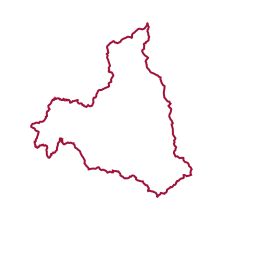 the district of Galyani Vadhana, Chiang Mai, Thailand, rotated 140°
{"feature_id": "78962969B83448610007189", "entity_name": "Galyani Vadhana", "entity_type": "district", "adm_level": 2, "iso_a3": "THA", "parent_name": "Thailand", "parent_adm1": "Chiang Mai", "projection": "natural_earth1", "projection_center": [98.331, 19.015], "detail": "fine", "context": "isolated", "style": "outline", "palette": "rose", "viewbox_px": 256, "rotation_deg": 140, "n_neighbors": 0, "source": "geoboundaries", "source_scale": "gbopen_adm2", "svg_char_len": 5916}
<svg xmlns="http://www.w3.org/2000/svg" viewBox="0 0 256 256"><g transform="rotate(140 128 128)"><path d="M184.7,121.6L181.8,120.1L180.7,119.3L179.5,118.0L178.6,117.5L176.8,117.4L175.7,116.8L175.6,116.1L176.0,114.5L175.5,113.1L175.3,112.7L174.6,112.5L173.6,111.8L172.5,109.4L172.3,108.4L172.5,107.2L172.3,106.9L170.2,106.3L169.6,105.8L168.8,104.2L168.0,103.7L167.0,105.1L166.0,103.5L165.0,102.9L164.2,101.6L163.7,101.4L163.3,101.0L163.4,97.8L164.3,96.5L164.0,95.7L164.0,95.1L163.3,94.3L163.2,92.6L162.9,91.5L162.2,91.0L161.9,91.0L161.3,90.2L160.2,89.5L158.7,89.3L157.7,89.6L157.2,88.8L155.8,89.0L155.2,88.8L154.4,88.0L154.0,87.2L154.1,85.6L153.8,85.3L153.7,84.7L154.8,83.6L154.8,83.3L154.3,81.7L153.3,80.4L152.0,78.4L150.9,77.5L151.5,75.9L151.5,75.0L151.2,74.0L151.3,73.1L150.1,71.6L150.4,70.8L150.9,68.2L151.2,68.0L152.1,67.8L152.9,67.3L153.1,66.7L151.7,66.0L150.3,63.8L149.7,63.5L149.4,62.4L148.5,60.9L148.4,60.1L148.8,57.8L149.2,57.4L149.7,57.1L149.8,56.8L149.6,56.4L147.7,56.8L146.0,56.5L144.5,57.1L142.3,54.2L141.5,54.5L140.1,54.1L138.9,54.6L137.9,55.5L137.3,55.6L134.3,55.2L133.4,55.5L132.6,54.6L131.8,54.4L129.3,54.9L128.6,54.3L128.1,54.2L126.6,54.8L126.1,55.4L125.2,55.3L124.4,55.8L123.1,55.0L121.7,55.3L119.7,55.1L117.8,54.0L117.1,54.2L115.7,56.2L115.3,56.0L114.4,54.7L114.0,53.3L113.4,53.1L112.5,52.5L109.8,51.5L109.4,52.7L108.7,53.8L107.0,55.1L105.8,55.4L105.3,57.5L105.7,59.4L104.8,61.4L104.7,62.6L104.9,63.5L106.1,65.1L106.3,66.7L106.1,67.8L105.5,68.7L104.8,69.3L104.8,69.5L105.5,70.3L107.6,71.5L107.9,72.1L108.4,74.6L109.8,75.5L109.8,76.3L109.3,77.6L109.1,79.1L107.7,80.4L105.9,80.6L104.9,81.6L103.7,82.2L103.3,83.0L103.7,84.2L103.0,86.4L101.4,87.2L100.8,88.8L98.8,89.2L98.2,89.8L98.0,92.6L97.6,94.3L94.2,98.6L92.3,102.7L91.1,102.6L90.5,103.0L90.3,104.5L89.8,105.4L89.8,107.4L89.0,110.3L87.2,111.9L85.8,112.3L83.3,114.1L82.9,114.5L82.6,115.2L82.9,117.1L82.8,118.9L79.8,119.2L79.9,120.2L79.4,121.5L80.4,122.7L80.6,123.3L80.5,128.1L77.8,132.2L75.5,134.1L73.1,136.5L73.0,137.0L73.6,138.2L73.1,141.5L72.2,143.1L72.1,143.9L71.9,144.4L70.5,145.8L71.4,147.4L71.3,148.8L72.2,150.5L73.2,153.1L74.8,156.0L74.4,159.6L74.6,161.4L74.2,163.0L73.1,164.2L72.9,165.1L71.9,166.5L71.8,167.6L70.0,168.5L68.0,168.6L67.5,168.9L67.6,169.9L68.4,172.8L68.4,175.5L67.8,177.7L67.0,178.4L64.7,178.3L63.7,179.7L62.7,180.4L62.2,181.7L61.7,182.2L60.9,182.2L60.0,181.6L58.8,182.3L57.4,181.9L55.6,182.1L54.5,183.5L53.2,184.2L52.8,186.0L52.0,186.9L51.2,188.5L51.0,189.6L50.4,189.9L49.8,190.8L48.6,191.0L47.1,192.1L47.0,193.5L46.5,194.2L46.1,195.4L45.1,195.9L46.1,195.7L47.5,194.4L51.5,193.6L53.6,194.3L55.4,196.7L56.3,197.2L60.2,197.2L61.4,197.0L63.6,197.2L64.8,196.9L65.9,195.8L66.5,194.9L67.2,194.7L68.1,196.6L69.8,198.2L71.6,198.4L74.1,199.3L75.6,199.6L77.0,199.5L78.4,198.9L81.6,199.7L82.2,201.0L83.0,201.8L83.0,203.2L83.1,203.6L83.5,204.0L85.9,204.1L87.0,204.5L89.2,204.1L91.0,204.1L92.1,203.4L92.5,202.7L93.4,200.6L94.2,199.4L94.5,198.5L95.0,198.2L96.6,198.4L97.0,196.5L98.6,195.6L99.2,194.0L99.4,192.8L100.1,191.6L101.8,187.2L104.0,186.5L104.5,185.9L105.0,184.5L105.8,184.3L106.4,183.7L106.5,183.3L106.2,182.7L104.9,181.3L104.7,180.8L105.4,177.8L105.8,177.4L108.1,176.8L109.7,176.1L110.2,175.7L110.8,174.4L111.2,174.1L113.0,174.7L114.1,174.6L114.6,174.0L115.2,172.7L115.8,172.1L116.3,172.1L119.8,173.3L123.9,174.2L124.5,174.5L125.1,175.3L126.2,175.7L127.2,175.6L129.4,174.4L130.6,174.1L131.7,172.9L132.4,172.4L133.8,172.4L134.4,173.1L134.9,173.1L136.2,172.4L138.1,169.7L139.6,169.1L141.0,168.2L143.2,169.0L143.6,169.9L143.8,171.2L146.2,170.8L147.0,172.0L147.5,173.0L147.3,174.0L148.2,174.7L147.7,176.4L148.4,177.3L149.4,177.8L149.9,178.4L150.0,179.9L149.8,180.7L149.4,181.2L148.6,181.6L148.6,181.8L152.2,183.4L153.1,184.1L154.5,183.9L156.0,184.5L156.0,184.9L155.2,186.1L155.2,187.2L155.6,188.0L156.4,188.6L156.4,188.1L157.0,188.3L157.2,188.8L157.2,189.6L157.6,189.7L158.1,190.5L158.5,190.2L158.5,190.9L158.9,191.1L158.8,191.7L159.1,191.7L159.6,191.1L160.0,191.3L161.0,192.4L161.3,193.2L162.0,193.8L161.9,194.2L161.6,194.3L162.1,195.4L163.2,196.2L164.5,196.5L164.6,197.5L165.1,197.1L166.0,197.5L166.0,197.8L166.4,197.7L166.6,197.1L167.0,197.2L167.6,197.7L167.7,198.0L167.9,198.0L169.3,197.5L170.6,196.7L172.6,196.2L174.0,196.4L174.8,196.2L175.8,194.7L175.8,193.1L176.0,192.8L177.2,192.7L178.1,192.3L179.0,192.6L179.8,192.4L181.4,190.8L181.8,189.9L182.6,189.1L183.7,189.5L184.4,188.5L187.5,187.6L189.3,187.7L191.5,189.4L193.1,189.0L194.0,190.3L194.8,191.0L197.3,191.8L198.3,192.5L199.0,192.5L200.0,192.2L201.1,191.6L201.4,191.1L200.7,189.1L200.0,188.1L199.9,187.3L200.2,186.8L200.3,186.1L200.1,184.7L199.1,183.2L199.0,182.3L202.0,180.3L203.0,179.8L204.4,178.7L206.0,178.5L207.2,177.1L207.7,177.0L207.9,177.5L208.3,177.6L208.8,177.0L209.7,175.4L209.9,174.5L210.9,173.5L210.7,172.8L210.2,172.5L210.5,172.0L210.2,171.2L209.7,171.3L208.8,170.8L207.0,171.4L206.4,170.9L206.0,170.8L205.8,170.5L205.0,170.5L204.5,169.8L203.8,169.8L203.9,168.9L203.5,168.7L203.2,168.0L202.4,168.0L201.7,166.2L202.4,164.9L202.8,164.5L203.4,164.4L204.4,163.8L205.0,163.2L205.4,162.0L206.9,160.4L207.5,159.2L207.8,158.2L207.9,157.2L207.9,156.4L207.4,155.8L206.0,155.9L205.0,156.6L204.2,156.5L203.7,157.5L203.4,157.5L202.7,157.1L201.8,156.9L201.1,157.3L200.6,156.6L199.7,156.2L199.0,156.3L198.3,156.8L196.9,156.7L196.1,157.2L195.5,158.2L192.6,160.1L191.7,161.2L191.0,161.3L190.5,161.6L189.4,161.5L188.5,161.8L188.0,162.7L186.9,163.7L185.9,162.9L185.6,162.1L186.2,162.1L186.5,161.8L186.1,161.1L186.5,160.6L187.1,160.8L187.0,159.9L187.6,159.7L187.7,157.0L187.2,156.7L186.9,156.2L186.2,156.3L183.9,155.6L183.4,155.6L182.7,154.3L181.4,153.7L180.2,151.5L179.6,151.3L180.0,150.6L179.8,149.6L180.8,147.7L181.0,146.8L180.5,145.6L180.1,143.0L179.8,141.8L179.8,140.8L180.4,139.5L181.2,136.3L181.2,135.0L181.9,131.0L182.8,130.3L183.2,129.5L184.1,128.9L184.1,127.0L184.3,126.0L184.1,124.4L184.1,122.4L184.7,121.6Z" fill="none" stroke="#9f1239" stroke-width="2"/></g></svg>